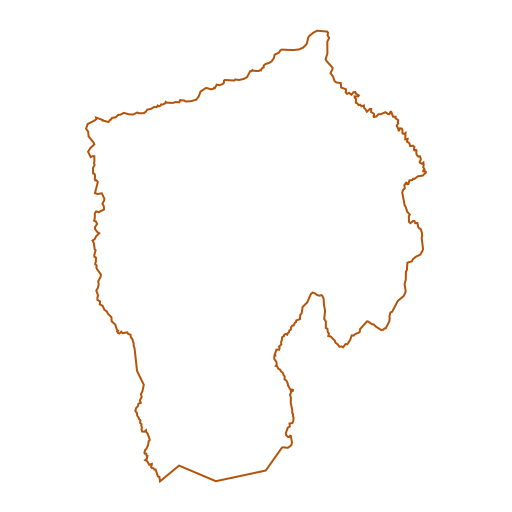 outline of Santa Fé, Veraguas, Panama
{"feature_id": "35544464B37320508305878", "entity_name": "Santa Fé", "entity_type": "district", "adm_level": 2, "iso_a3": "PAN", "parent_name": "Panama", "parent_adm1": "Veraguas", "projection": "equal_earth", "projection_center": [-80.966, 8.637], "detail": "fine", "context": "isolated", "style": "outline", "palette": "amber", "viewbox_px": 512, "rotation_deg": 0, "n_neighbors": 0, "source": "geoboundaries", "source_scale": "gbopen_adm2", "svg_char_len": 5989}
<svg xmlns="http://www.w3.org/2000/svg" viewBox="0 0 512 512"><path d="M385.7,328.4L389.3,321.4L389.7,318.1L389.4,316.4L390.4,312.5L392.2,311.7L397.8,300.9L403.5,296.2L405.4,292.5L405.6,290.4L404.6,284.3L405.8,279.5L405.9,271.7L406.9,269.9L407.4,262.7L411.9,261.3L413.0,259.1L415.8,256.8L420.3,254.6L422.5,250.8L423.0,248.9L421.7,237.7L422.2,235.7L421.9,232.6L420.5,228.7L419.2,228.4L418.3,227.2L417.4,223.0L415.3,223.2L414.4,221.0L413.2,220.9L410.4,223.2L409.0,221.9L408.8,216.2L409.8,214.6L407.2,211.7L405.6,206.6L404.7,205.5L402.2,192.4L403.2,189.9L404.8,188.3L404.3,185.3L406.1,182.7L406.7,182.8L407.2,184.2L408.4,184.0L409.4,180.4L412.3,180.0L413.2,178.7L414.5,178.9L417.9,176.3L422.8,175.6L425.8,172.6L425.9,171.8L425.3,171.3L423.3,171.4L423.3,170.6L424.5,169.2L423.2,167.2L423.7,165.0L423.4,162.5L421.9,163.8L419.9,162.7L419.7,161.8L420.9,159.5L420.0,156.3L418.3,156.6L416.8,155.0L416.3,153.3L416.5,150.7L416.0,149.9L414.6,150.4L413.9,149.8L414.4,147.1L413.0,145.7L410.2,146.1L409.3,143.1L407.0,141.7L407.6,138.9L405.3,139.4L405.5,133.0L404.3,133.9L402.5,133.4L402.4,129.9L401.7,128.5L399.9,128.4L399.2,130.4L398.6,130.5L397.8,127.5L396.7,126.2L396.8,125.3L398.2,123.5L397.8,122.1L398.2,120.2L395.5,118.2L395.6,116.7L393.1,116.8L391.2,111.8L390.5,111.8L389.4,114.2L387.9,114.0L385.4,112.2L380.8,114.2L378.5,114.2L376.4,116.5L373.9,117.0L373.5,116.4L374.1,115.1L373.8,113.6L371.1,112.1L371.2,109.0L369.8,109.0L366.9,111.7L365.2,108.8L364.2,108.1L363.9,105.5L361.5,106.3L360.1,104.7L358.6,105.1L357.3,103.4L355.8,102.7L356.1,99.1L354.7,97.6L354.6,96.4L358.2,96.4L358.8,95.5L355.7,93.4L355.3,92.0L353.4,92.2L351.5,94.7L349.1,92.9L347.1,93.9L345.6,92.3L346.1,90.6L345.8,89.2L341.1,87.5L340.8,83.1L336.2,82.4L334.6,81.1L332.9,76.3L330.5,73.2L332.4,69.4L332.6,67.8L326.6,61.1L325.6,59.2L327.4,53.6L327.3,41.7L329.1,38.0L327.5,35.1L328.1,32.9L327.2,31.6L317.1,30.7L313.3,32.7L309.3,35.9L308.2,37.7L306.9,43.4L306.1,44.7L303.0,47.7L298.9,49.4L293.5,50.1L281.7,49.6L280.4,50.3L278.9,52.7L274.6,54.7L274.0,57.9L271.6,61.4L269.0,63.0L265.7,63.9L263.7,65.5L263.7,67.4L261.9,68.4L260.9,70.3L260.5,70.0L258.5,71.1L252.9,70.7L252.4,70.1L251.3,71.2L250.2,71.2L247.0,77.2L243.8,78.9L239.0,80.0L235.2,79.5L234.4,80.5L224.9,80.0L224.0,80.6L223.9,82.8L222.5,84.1L219.4,85.2L216.8,84.6L214.8,88.2L214.1,87.8L213.1,88.9L210.8,89.3L206.8,88.0L205.5,88.2L200.5,91.6L198.9,96.1L196.2,99.7L190.9,101.2L185.9,101.5L183.9,100.4L181.0,100.5L180.7,100.0L180.0,100.2L179.3,102.3L175.7,102.0L173.0,102.9L166.6,102.7L165.8,101.9L165.1,103.3L162.8,104.5L161.1,104.4L160.4,105.8L158.9,106.3L157.7,105.5L156.6,107.2L154.3,106.9L151.1,108.8L147.1,109.7L146.1,111.4L143.9,113.2L139.1,113.3L137.2,112.5L133.3,114.5L129.3,114.4L123.8,112.9L120.3,114.7L118.1,114.9L115.8,117.3L112.0,117.9L110.8,119.8L110.1,119.9L108.5,122.0L102.6,120.5L102.8,120.1L102.0,119.7L96.1,117.6L96.5,118.9L95.1,120.2L87.6,124.1L86.1,128.6L88.2,131.8L88.6,136.4L93.7,142.7L94.3,144.4L90.3,148.1L88.1,151.8L90.7,157.1L92.8,156.1L94.3,156.2L94.4,161.3L94.0,163.2L94.6,164.8L93.0,168.0L93.1,173.4L94.3,173.7L94.9,174.8L95.1,177.3L94.7,179.0L95.3,180.4L96.3,180.2L97.8,181.9L95.0,193.2L97.7,194.0L101.8,193.3L104.4,198.8L104.1,200.5L102.4,203.7L103.8,206.2L104.0,209.5L98.8,212.2L96.2,211.4L94.8,213.4L94.8,218.1L94.1,220.7L95.8,221.4L97.1,223.9L94.9,227.3L95.2,229.4L97.6,232.3L99.2,233.2L96.0,236.5L94.6,239.3L92.5,240.5L93.8,242.8L94.7,249.4L95.6,250.3L94.2,255.5L94.5,257.0L95.6,257.2L96.0,257.9L95.9,261.5L95.1,264.1L96.6,265.4L96.5,268.3L100.9,274.6L100.6,276.8L98.2,281.3L98.7,284.6L97.7,288.2L96.3,290.6L98.1,295.5L97.4,297.7L97.4,299.9L100.1,301.4L99.8,304.3L102.6,305.8L104.4,309.8L106.8,311.4L107.9,313.7L111.4,317.2L111.7,321.3L115.3,324.6L116.9,329.7L118.1,330.7L117.2,331.5L118.2,333.1L119.5,333.5L121.2,331.7L122.5,333.2L127.3,332.4L128.0,333.6L130.6,334.9L130.8,337.3L132.1,338.6L133.7,343.5L133.6,345.2L134.6,348.6L137.0,370.8L143.8,384.8L142.4,391.4L140.9,394.2L141.7,397.0L140.0,400.0L139.9,401.1L140.8,402.8L138.4,403.7L137.9,406.1L136.1,408.1L135.3,410.9L136.9,413.0L137.2,415.6L138.7,417.8L138.9,419.0L140.4,420.3L140.1,422.9L141.5,424.2L141.3,425.9L141.9,427.2L141.5,429.6L142.1,431.5L144.4,431.7L146.0,430.3L146.2,432.0L147.5,433.4L149.7,439.4L149.6,440.4L148.6,441.2L148.1,445.1L146.4,448.8L145.2,449.8L144.4,452.8L144.7,453.6L146.3,453.7L146.5,455.6L147.5,456.0L146.7,459.0L145.2,460.1L147.3,461.3L149.2,464.8L151.8,463.9L151.7,465.3L151.0,466.9L151.9,468.0L153.4,468.3L154.4,469.6L155.6,469.5L157.9,476.4L159.4,476.9L160.0,481.3L179.1,465.6L215.8,481.2L265.8,470.5L281.9,447.7L282.9,447.3L287.8,447.8L291.2,445.3L292.0,442.6L290.8,435.9L290.2,435.7L289.1,437.0L287.9,436.9L286.2,435.2L285.8,433.4L287.7,427.8L289.8,426.5L289.5,423.5L292.3,423.1L293.3,421.1L293.5,417.5L292.9,416.1L293.1,414.2L292.2,413.0L292.2,409.8L290.7,402.6L290.9,397.7L290.0,394.5L290.8,393.3L290.9,391.6L292.7,391.0L293.0,389.9L291.9,389.5L290.6,390.0L288.0,385.4L287.7,383.3L286.4,380.7L284.5,379.2L284.7,376.5L283.3,374.6L283.1,373.3L280.5,370.7L280.2,369.7L278.3,368.7L277.2,366.4L275.8,365.9L276.7,364.7L276.5,362.2L274.4,359.2L274.2,357.5L274.6,355.1L275.3,355.3L275.1,353.6L276.4,349.6L279.2,349.7L279.6,347.8L279.0,346.6L281.3,344.4L281.1,342.0L281.8,340.4L282.2,337.1L284.1,336.0L284.2,334.7L285.9,333.9L287.2,334.7L287.7,333.3L289.0,332.3L289.3,330.6L290.8,329.6L291.0,327.4L292.2,325.6L293.7,325.4L294.8,322.8L296.0,322.0L296.3,320.4L299.9,319.2L300.2,315.1L301.7,313.2L302.6,307.0L307.2,302.4L310.9,294.0L312.6,292.6L314.8,293.2L317.0,295.0L319.5,295.7L321.2,295.1L322.2,295.7L323.6,298.6L324.0,305.1L325.1,310.7L324.2,319.0L325.9,321.6L325.8,328.0L327.4,328.7L327.8,332.2L328.9,333.4L328.3,336.1L330.5,336.4L334.8,340.6L335.5,342.7L337.5,344.2L339.5,346.8L341.6,346.4L343.1,347.3L345.5,344.1L347.3,344.3L350.1,340.1L351.7,335.4L353.7,335.6L354.8,334.3L359.5,332.3L360.2,328.9L367.1,321.3L368.4,321.7L372.1,324.3L373.7,324.4L376.1,326.8L381.4,330.1L383.2,329.7L384.5,328.4L385.7,328.4Z" fill="none" stroke="#b45309" stroke-width="2"/></svg>